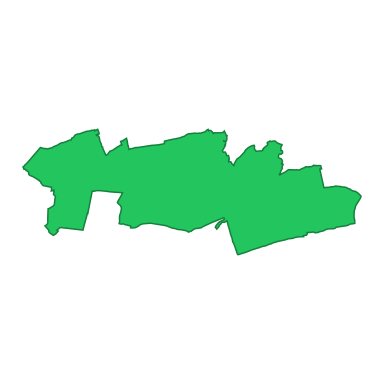 the district of Dumbrava, Mehedinti, Romania
{"feature_id": "2599482B40302132700560", "entity_name": "Dumbrava", "entity_type": "district", "adm_level": 2, "iso_a3": "ROU", "parent_name": "Romania", "parent_adm1": "Mehedinti", "projection": "albers", "projection_center": [23.169, 44.518], "detail": "fine", "context": "isolated", "style": "filled", "palette": "green", "viewbox_px": 384, "rotation_deg": 0, "n_neighbors": 0, "source": "geoboundaries", "source_scale": "gbopen_adm2", "svg_char_len": 5977}
<svg xmlns="http://www.w3.org/2000/svg" viewBox="0 0 384 384"><path d="M354.8,223.4L354.7,220.3L354.0,216.9L354.1,212.7L354.3,210.8L355.2,207.9L355.7,205.8L360.2,198.5L360.7,197.5L360.9,196.5L361.0,196.2L360.7,195.6L360.3,195.2L359.7,194.9L358.6,193.5L357.8,193.1L357.5,192.7L355.1,191.2L354.4,191.3L353.7,191.2L351.6,190.3L350.6,189.6L350.2,189.1L349.4,189.0L346.0,187.4L343.9,187.0L342.2,187.0L340.4,186.4L339.2,186.5L335.6,186.0L334.1,186.6L331.3,186.8L329.9,187.0L328.3,187.5L326.9,187.3L324.1,187.7L323.8,187.1L319.8,169.2L321.6,168.9L320.7,165.7L318.6,165.5L317.6,165.7L315.1,165.4L314.3,165.6L313.8,165.2L312.1,166.3L311.5,166.6L307.3,166.9L305.5,166.8L304.6,167.6L302.5,168.4L298.8,170.2L297.0,169.7L295.8,169.9L288.4,169.7L285.2,172.1L281.8,173.7L280.6,174.6L279.5,174.9L279.3,174.7L279.4,174.2L280.4,172.9L280.6,171.8L281.3,170.1L282.4,168.2L281.9,167.1L283.1,164.6L282.6,163.7L281.5,163.8L281.4,163.6L282.3,162.0L282.5,161.1L282.3,160.9L282.0,160.0L281.5,159.2L281.1,158.7L280.2,158.5L279.0,158.0L278.4,157.3L278.6,156.1L278.6,155.0L278.9,154.5L279.7,154.1L280.7,154.3L281.2,154.2L282.6,153.0L282.5,152.2L282.5,151.3L282.2,150.8L281.0,150.4L280.8,147.6L282.1,144.8L282.0,144.6L281.2,144.3L280.3,144.2L276.9,142.7L276.5,142.4L275.5,141.2L274.9,141.0L272.9,141.1L271.4,141.6L270.5,141.1L269.6,141.1L269.1,141.6L267.6,142.2L267.1,143.0L267.8,143.9L267.7,144.4L267.3,145.2L263.9,147.9L263.4,148.8L262.8,149.2L263.1,149.6L262.9,150.0L262.5,150.4L261.9,150.8L260.9,151.0L260.2,150.9L256.6,151.3L256.1,151.2L255.8,150.8L255.7,150.3L255.2,150.1L254.9,149.8L254.5,148.8L254.4,147.1L254.6,146.4L254.2,145.3L252.6,145.5L249.8,146.7L248.0,147.9L245.4,150.2L244.6,151.8L240.0,156.9L236.8,159.2L234.4,163.5L233.8,165.5L231.9,163.8L231.0,162.0L229.3,161.4L228.7,161.7L228.7,160.1L229.0,160.1L229.2,159.6L229.2,158.6L229.1,157.7L228.4,155.5L226.9,155.8L226.1,153.6L225.3,152.1L224.9,152.0L223.3,152.3L222.4,151.0L225.3,145.6L224.8,145.1L225.5,144.4L225.7,143.3L225.5,142.1L225.3,141.7L223.7,141.1L223.7,140.9L225.0,141.4L225.3,141.2L226.1,141.3L226.4,141.0L226.4,140.5L226.7,140.1L226.8,139.3L226.9,139.1L226.7,136.3L227.2,135.8L227.0,135.5L226.1,135.1L225.7,133.9L224.3,131.0L223.3,132.4L222.8,132.3L221.8,132.8L214.1,132.8L213.8,132.8L214.0,133.1L213.6,133.5L212.6,132.9L212.3,131.9L210.8,130.5L209.0,130.4L208.9,130.8L208.5,130.9L208.1,129.4L206.6,130.3L204.8,132.0L202.1,132.6L200.4,133.3L199.2,133.1L196.8,133.4L194.9,133.1L188.1,133.9L185.6,135.3L184.4,136.4L183.7,136.4L179.1,138.1L177.2,138.3L176.1,138.8L173.6,139.1L170.1,139.8L164.4,141.2L164.5,142.8L164.3,143.5L163.5,143.9L157.8,144.9L151.3,145.4L138.6,147.4L135.1,147.6L133.3,148.3L130.4,148.8L129.0,149.4L128.1,145.4L127.7,144.8L127.6,143.4L127.3,142.6L127.4,142.2L127.1,140.6L126.5,138.3L123.1,140.4L123.3,140.6L123.0,140.9L121.4,141.1L120.6,141.4L121.8,144.9L121.6,145.2L121.2,145.0L120.4,145.1L119.9,145.6L116.9,147.3L112.9,150.1L110.9,150.9L110.3,151.0L109.6,151.5L109.0,152.5L108.5,152.9L107.9,154.2L106.5,155.0L105.8,155.1L102.8,148.4L102.6,147.8L102.7,147.2L102.2,147.1L101.6,145.9L101.4,145.4L101.5,144.8L101.2,143.9L99.8,140.7L99.4,138.1L99.1,137.0L98.1,135.7L97.1,135.7L96.7,135.4L96.3,134.8L99.2,133.9L98.9,132.6L97.7,129.3L94.7,130.8L94.6,129.9L93.9,130.2L91.3,130.3L90.5,130.8L86.3,131.4L79.0,134.0L77.2,134.1L75.2,135.0L73.7,137.0L72.9,137.8L72.2,137.9L71.7,138.3L71.4,139.0L71.5,139.5L71.3,139.9L70.0,140.0L67.9,140.8L66.8,141.4L63.6,142.5L61.8,142.8L60.4,143.3L56.7,145.5L53.7,146.6L52.9,147.1L52.7,147.5L51.7,147.8L49.2,148.4L48.0,148.9L47.2,148.9L46.4,148.6L44.0,148.5L40.4,147.5L28.3,161.6L26.6,163.5L24.8,165.1L24.1,166.1L23.0,167.0L23.4,167.3L23.5,168.1L23.8,168.4L23.7,168.9L23.9,169.2L24.9,169.3L25.8,169.9L26.2,170.6L26.6,170.5L28.1,171.7L28.4,172.2L28.6,172.3L28.5,172.5L28.7,173.1L28.6,173.6L29.0,174.7L30.2,175.6L30.7,175.6L31.4,176.1L32.1,176.2L36.3,178.6L38.4,180.1L38.8,180.0L39.3,180.5L39.3,180.9L40.0,181.2L40.8,182.0L40.9,182.9L43.1,185.6L51.5,187.3L51.4,189.0L51.6,189.4L51.3,191.0L53.8,190.2L53.6,191.1L54.0,191.2L53.5,194.6L54.5,195.3L55.5,196.7L54.9,198.9L54.5,203.0L54.2,204.7L54.0,205.3L53.0,206.1L49.2,208.4L48.1,208.8L47.8,217.2L47.8,222.6L47.3,224.1L46.1,225.2L45.0,225.9L48.7,230.2L49.0,232.0L49.4,232.6L53.3,235.4L55.3,234.2L56.3,233.3L58.2,231.1L56.9,230.2L60.3,227.5L83.0,230.1L83.7,227.0L87.2,214.3L87.3,213.5L87.4,213.2L87.8,213.5L92.2,191.2L93.3,191.1L94.2,191.3L95.9,190.7L98.8,190.6L104.9,191.1L110.7,191.9L121.0,192.6L121.8,193.1L122.4,193.0L120.6,196.7L119.6,198.3L117.4,202.2L117.8,203.2L120.0,205.1L121.4,207.5L121.4,208.7L121.0,210.9L120.4,213.5L120.0,214.3L119.5,216.5L119.5,217.5L119.7,217.8L119.5,218.6L119.6,221.5L119.1,223.6L121.4,224.2L122.9,223.8L123.7,224.0L124.3,224.4L129.8,225.8L130.8,226.2L130.6,227.9L133.3,227.9L135.1,227.7L137.7,226.6L140.2,224.8L141.9,224.1L143.3,223.8L150.6,223.2L166.0,225.7L172.8,228.3L174.0,228.3L178.0,229.5L181.6,229.8L185.9,230.7L187.2,231.2L188.4,232.1L191.2,231.2L193.8,229.3L195.1,228.7L201.2,227.8L203.1,226.5L212.6,222.2L223.8,217.7L224.5,218.9L224.4,219.3L223.5,219.9L219.5,221.9L218.9,222.4L217.9,223.3L217.1,224.4L216.2,225.4L215.3,227.3L216.1,228.1L216.7,229.1L217.6,228.2L218.4,227.1L219.0,226.6L219.4,225.2L220.6,224.3L220.9,223.7L221.9,222.5L222.5,222.3L224.0,222.3L224.6,222.2L227.0,220.9L228.3,226.1L228.7,227.1L230.0,231.6L230.4,233.6L232.1,238.5L232.7,241.7L234.1,244.3L237.4,254.1L237.8,254.6L238.1,254.7L245.8,252.3L251.3,250.1L256.5,248.4L258.8,247.8L261.9,246.6L265.8,245.8L268.4,244.6L270.9,243.9L273.0,242.9L278.1,241.4L285.4,239.8L288.2,238.8L290.0,238.7L290.5,238.5L292.1,238.5L295.7,237.3L299.2,236.8L301.9,236.8L302.2,236.6L303.6,236.7L303.6,235.6L304.7,235.5L306.2,235.1L306.7,235.6L306.6,235.3L306.2,235.0L307.0,234.4L307.4,233.7L307.1,232.5L310.5,232.4L313.4,232.0L315.1,232.8L317.8,232.5L319.5,231.8L323.9,230.7L326.2,229.3L328.5,228.9L333.8,228.7L335.0,228.3L336.4,227.2L345.9,225.8L347.8,225.3L350.5,224.0L352.2,223.9L354.8,223.4Z" fill="#22c55e" stroke="#15803d" stroke-width="1.5"/></svg>